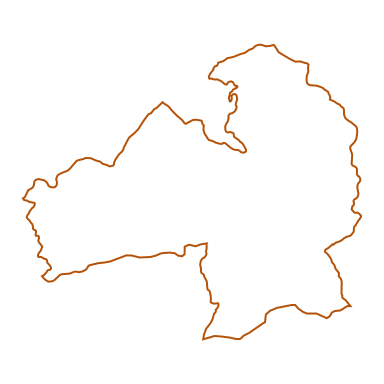 outline of Bannang Sata, Yala, Thailand
{"feature_id": "78962969B58904714104170", "entity_name": "Bannang Sata", "entity_type": "district", "adm_level": 2, "iso_a3": "THA", "parent_name": "Thailand", "parent_adm1": "Yala", "projection": "albers", "projection_center": [101.271, 6.261], "detail": "fine", "context": "isolated", "style": "outline", "palette": "amber", "viewbox_px": 384, "rotation_deg": 0, "n_neighbors": 0, "source": "geoboundaries", "source_scale": "gbopen_adm2", "svg_char_len": 5923}
<svg xmlns="http://www.w3.org/2000/svg" viewBox="0 0 384 384"><path d="M273.9,44.9L269.6,46.0L265.7,46.3L262.1,45.0L260.1,44.7L258.2,44.9L255.7,45.8L252.6,48.6L249.0,49.9L246.1,52.1L244.4,53.0L240.7,54.0L233.5,56.9L227.3,58.2L224.0,60.7L222.3,61.5L218.2,62.7L217.8,64.2L217.1,65.5L216.3,66.0L215.2,66.2L214.2,67.2L213.5,68.4L213.3,69.7L210.1,73.8L208.8,76.8L209.1,78.2L209.6,78.8L211.2,78.5L214.3,79.5L217.4,79.4L219.3,80.4L220.8,80.8L225.2,84.4L226.3,84.5L227.0,84.4L227.8,82.6L229.8,81.6L231.3,81.4L232.9,82.2L233.4,82.8L234.0,84.4L235.4,85.9L236.0,86.1L236.5,85.8L237.0,85.9L237.3,86.1L237.4,86.8L236.9,87.7L233.1,89.6L232.1,91.3L230.1,92.8L229.8,93.7L229.8,95.0L229.0,97.0L228.9,98.4L229.8,101.4L230.4,101.4L231.3,100.7L231.8,98.1L231.4,96.2L232.1,95.1L232.8,94.5L233.8,94.1L234.8,94.1L235.6,94.3L236.4,95.3L236.7,96.0L237.1,99.0L236.7,100.9L235.7,104.0L235.8,105.0L236.6,106.5L236.6,107.2L236.4,108.4L235.5,110.2L234.6,111.5L232.4,113.1L230.0,113.7L229.2,114.5L228.6,115.6L228.3,116.8L228.7,117.7L227.6,121.9L226.3,123.5L225.2,126.5L225.4,129.9L225.6,130.7L226.2,131.7L226.8,132.2L228.0,132.5L229.8,132.0L232.4,132.7L233.4,133.3L233.8,134.3L233.9,136.5L234.4,137.0L238.8,140.1L240.4,142.0L242.0,143.0L243.0,144.2L245.5,148.6L246.0,149.9L246.0,150.9L245.9,151.4L244.6,152.5L242.2,152.6L240.9,152.0L238.9,150.3L237.9,150.0L234.8,149.8L233.1,149.2L230.4,147.6L225.3,143.2L223.5,142.9L222.0,143.9L220.0,143.8L215.8,142.7L212.6,141.0L208.8,140.0L207.6,138.4L206.3,136.1L205.0,134.3L204.1,132.2L203.4,129.5L203.8,125.4L202.5,124.0L201.6,120.7L196.3,119.7L192.8,120.0L185.7,123.9L184.1,122.7L182.0,119.9L178.2,116.8L174.7,113.4L170.7,109.2L169.2,107.1L167.2,105.5L163.7,103.3L162.6,102.2L156.3,108.2L154.1,109.2L151.1,113.2L149.1,113.9L147.9,114.9L143.4,121.1L138.2,129.3L134.0,133.5L129.5,137.2L128.3,138.9L123.8,147.6L123.3,149.6L122.0,151.6L119.0,154.3L115.3,159.8L114.1,162.5L114.0,164.5L112.8,165.8L109.5,166.4L106.9,165.0L102.8,163.9L100.2,161.7L95.7,160.4L90.8,158.2L85.6,158.0L83.1,159.1L78.5,160.1L76.4,161.1L70.0,168.6L67.6,170.7L62.1,172.8L59.5,174.1L57.6,175.4L56.5,177.8L56.2,179.5L57.0,182.2L56.7,184.9L55.5,186.7L54.0,187.4L51.0,187.2L48.5,185.9L47.6,183.7L46.3,181.9L44.4,180.4L38.9,179.1L36.2,179.6L34.7,180.9L34.2,182.6L33.9,185.1L32.9,187.3L31.2,188.6L28.2,190.2L24.8,197.3L23.0,198.4L23.6,199.5L24.3,200.1L27.4,200.7L29.1,201.9L32.8,202.6L33.9,202.6L34.7,203.1L34.8,203.6L34.8,204.5L33.7,206.9L32.3,207.9L29.7,211.2L29.1,212.9L26.9,216.1L26.8,217.3L27.6,218.8L29.6,220.6L30.7,222.5L32.3,224.2L32.7,225.1L33.1,228.9L33.5,229.4L35.7,230.5L36.0,231.0L36.0,232.3L35.6,235.1L35.7,235.5L36.6,235.9L38.2,235.9L38.8,236.6L39.0,238.1L38.3,240.6L38.5,241.4L39.1,242.7L40.6,244.2L42.2,246.7L41.0,250.3L38.7,253.2L37.9,255.5L38.2,256.6L38.5,256.9L39.3,257.1L40.7,256.9L41.4,257.1L44.5,258.9L45.8,259.1L46.4,259.4L47.1,260.4L47.2,262.5L49.9,265.6L50.9,267.5L51.0,268.3L50.6,269.3L50.2,269.7L48.1,270.1L47.6,270.5L46.5,272.2L44.4,274.7L42.0,276.2L43.8,278.4L46.0,280.3L48.3,281.6L51.8,281.4L54.2,280.3L60.1,274.8L62.1,274.2L69.8,273.6L74.1,271.8L75.8,271.6L79.2,272.2L82.9,271.3L86.2,269.4L88.6,265.7L90.2,265.1L98.0,263.2L104.5,262.5L110.1,261.5L126.3,255.4L131.7,255.5L139.6,257.5L150.5,257.0L155.9,255.6L160.4,253.6L162.9,253.1L169.3,252.6L174.7,253.2L178.2,255.7L182.2,256.2L184.6,254.2L184.7,246.7L187.6,245.3L189.6,244.8L195.6,246.3L201.0,244.3L206.8,243.4L206.5,244.2L206.7,247.9L206.1,251.0L206.2,252.7L206.5,253.8L206.3,254.6L205.0,256.9L202.0,259.0L201.2,260.3L200.6,261.7L200.2,264.9L200.4,266.3L200.9,267.5L201.1,271.9L201.4,272.9L203.5,274.4L203.9,275.1L204.2,276.5L206.8,281.4L207.3,288.1L207.6,289.2L208.1,290.0L209.5,290.7L210.6,295.4L210.9,297.7L210.7,301.8L211.1,302.6L213.5,303.6L216.0,303.5L217.9,303.2L218.3,303.5L218.5,304.4L218.3,306.0L217.5,307.8L215.8,309.8L215.9,310.6L215.5,312.4L214.2,313.5L212.3,319.8L210.1,323.7L206.1,328.8L204.0,334.5L203.2,339.3L214.5,336.0L221.4,336.5L230.0,337.6L234.9,338.8L238.3,339.1L239.9,339.0L241.1,338.2L243.5,335.8L249.1,332.9L263.0,323.3L265.0,322.3L265.9,314.5L270.0,310.8L276.9,307.9L291.7,305.0L295.2,305.0L298.2,308.5L303.1,312.0L307.0,313.5L316.4,313.5L326.8,318.2L329.1,316.7L330.3,315.4L331.1,313.7L332.3,312.3L334.2,311.3L336.0,310.9L340.1,310.5L342.2,309.4L345.7,307.0L347.6,306.1L350.4,306.1L345.6,300.1L343.3,298.6L342.4,297.6L342.2,297.1L342.4,295.8L341.7,294.4L341.5,292.7L341.7,281.6L341.0,279.1L340.3,278.0L338.8,276.4L338.7,275.4L339.0,274.5L339.0,273.3L338.5,272.4L335.4,268.5L334.6,265.6L333.8,264.3L331.9,262.2L331.2,259.2L329.0,255.8L327.1,253.6L325.3,252.2L324.9,251.3L325.2,250.1L325.7,249.6L328.3,248.0L332.6,244.3L333.3,244.7L335.7,242.7L339.1,241.6L341.7,240.3L344.1,238.2L347.0,236.6L349.5,236.1L351.1,235.1L353.5,232.0L353.9,229.9L353.9,227.8L354.6,226.2L355.5,225.5L358.3,220.7L360.2,218.2L361.0,216.7L360.9,215.6L359.3,213.8L357.3,212.6L355.2,212.8L354.3,212.5L351.8,209.7L351.7,209.3L352.3,206.5L353.3,205.5L354.0,204.2L354.0,202.9L353.6,201.8L353.6,200.5L354.2,199.6L356.1,198.5L357.3,197.4L358.1,195.5L358.4,193.6L357.3,187.3L357.4,185.8L357.7,184.3L359.7,181.6L360.2,180.7L360.3,180.0L360.2,178.7L359.8,177.6L359.0,176.5L357.9,175.9L357.4,175.1L356.9,174.0L357.0,170.1L356.8,168.6L356.3,167.7L355.8,167.1L353.0,165.7L352.1,164.9L351.6,163.9L352.2,155.1L352.0,153.8L350.1,148.3L350.4,146.5L354.6,142.0L355.9,139.7L356.5,137.8L357.2,133.1L357.2,130.4L356.9,128.2L356.5,127.2L355.8,126.2L351.4,122.5L349.9,121.5L348.7,120.9L345.6,118.4L344.6,116.4L344.0,114.2L344.0,110.2L343.5,108.2L340.9,106.3L339.7,104.6L337.7,103.8L334.2,101.4L329.9,99.5L330.3,97.4L329.7,95.5L328.7,93.8L328.1,91.9L326.3,90.6L324.4,89.5L323.1,88.1L321.4,87.3L317.5,85.9L315.8,85.6L310.0,85.2L308.3,84.4L307.0,82.8L306.6,80.5L306.6,78.7L306.8,76.2L307.3,74.3L308.1,72.7L308.3,70.7L308.0,67.1L308.6,64.7L307.1,63.3L305.1,63.0L300.6,61.5L295.2,61.6L289.6,58.8L279.2,52.6L278.0,51.3L277.0,49.4L273.9,44.9Z" fill="none" stroke="#b45309" stroke-width="2"/></svg>